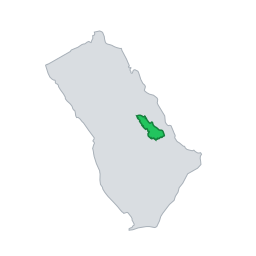 Sene East, Brong Ahafo, Ghana (highlighted), rotated 331°
{"feature_id": "2480657B21050367867823", "entity_name": "Sene East", "entity_type": "district", "adm_level": 2, "iso_a3": "GHA", "parent_name": "Ghana", "parent_adm1": "Brong Ahafo", "projection": "equal_earth", "projection_center": [-0.307, 7.665], "detail": "fine", "context": "in_parent", "style": "filled", "palette": "green", "viewbox_px": 256, "rotation_deg": 331, "n_neighbors": 0, "source": "geoboundaries", "source_scale": "gbopen_adm2", "svg_char_len": 5473}
<svg xmlns="http://www.w3.org/2000/svg" viewBox="0 0 256 256"><g transform="rotate(331 128 128)"><path d="M150.3,29.4L151.8,31.3L152.1,32.3L151.6,36.4L150.5,39.2L149.8,41.9L149.9,43.2L150.6,44.5L152.8,46.6L154.0,47.9L155.3,50.0L156.9,52.0L159.6,54.6L160.7,55.1L160.7,55.8L160.3,56.8L160.1,66.5L159.9,69.0L159.7,70.3L159.4,73.9L159.1,74.5L158.6,74.4L158.2,74.5L158.0,75.3L158.2,76.0L159.8,76.5L159.5,77.1L158.3,77.6L157.7,78.7L158.0,79.9L157.3,80.9L157.5,81.6L157.9,82.1L158.6,81.9L160.5,80.2L161.3,80.1L162.3,80.4L164.1,83.0L164.2,84.2L163.4,88.5L162.7,91.8L162.6,96.2L163.4,98.7L163.3,100.1L162.4,101.2L160.6,102.9L160.7,104.1L161.6,106.3L163.1,108.7L166.2,111.7L167.9,115.6L167.9,117.2L166.9,118.8L165.8,120.1L165.5,122.1L166.0,135.2L163.5,140.9L163.5,142.5L163.8,144.4L164.4,145.5L165.7,145.8L166.7,146.9L166.3,150.9L165.8,155.0L165.7,156.9L165.4,157.9L164.4,158.6L164.1,159.9L164.3,161.5L164.2,162.7L164.7,164.2L165.8,166.1L167.6,170.8L168.3,171.1L168.6,172.1L168.4,173.1L169.1,175.2L171.1,177.2L173.2,179.1L174.9,179.3L175.3,180.9L176.4,183.0L177.2,183.9L178.5,184.5L179.5,184.8L179.6,186.6L177.7,187.7L176.4,189.5L175.4,192.3L174.1,195.3L169.4,196.9L167.6,196.9L158.0,197.0L149.0,202.9L143.8,205.0L140.6,208.4L136.3,210.7L133.3,213.6L127.1,215.0L116.9,219.5L113.7,221.3L110.5,224.5L105.3,228.2L103.2,228.1L99.1,224.7L96.0,223.0L88.5,220.3L82.8,219.3L80.1,218.2L79.4,218.0L80.0,216.7L81.6,216.6L83.2,217.0L84.5,216.1L86.3,215.9L86.8,214.9L86.9,212.4L86.9,210.4L87.6,209.5L87.7,207.2L86.8,201.9L86.2,201.3L82.9,200.6L82.7,199.5L82.1,198.4L81.5,195.7L80.8,191.7L79.6,186.7L77.4,178.4L76.9,175.5L76.5,172.6L76.4,169.0L76.9,167.7L76.8,165.9L76.6,164.0L78.2,159.9L81.3,154.7L81.9,152.9L82.5,151.6L82.6,149.7L83.1,143.8L84.6,136.5L85.5,133.8L86.1,132.4L86.9,129.9L87.1,128.8L89.9,126.0L91.2,125.2L91.5,124.1L91.0,122.9L91.2,122.1L91.9,121.7L92.9,121.3L93.7,120.2L92.5,111.3L91.6,102.4L91.5,101.7L91.0,100.4L90.4,96.8L89.5,94.6L88.1,94.0L88.2,92.0L89.5,88.6L89.9,86.6L89.2,86.0L89.1,84.4L89.6,81.9L89.4,80.4L89.1,78.7L87.8,74.9L87.4,72.1L88.1,70.5L88.1,67.0L87.4,61.6L87.3,58.2L87.8,56.7L87.5,55.4L86.5,54.1L86.5,52.9L87.3,51.6L87.2,50.7L86.2,50.0L85.2,48.3L84.4,45.7L84.6,41.5L86.2,33.7L86.4,33.1L88.2,33.1L88.2,33.4L93.8,33.4L100.2,33.3L107.9,33.2L114.9,33.1L115.2,32.7L116.3,32.3L123.4,33.1L127.8,32.7L129.6,32.9L131.0,33.5L134.0,33.1L135.7,33.3L136.9,35.3L137.4,35.3L138.1,34.4L139.3,33.5L140.5,32.8L141.4,31.2L141.9,30.1L142.7,30.3L143.9,30.3L144.7,29.3L145.0,27.8L150.3,29.4Z" fill="#d9dde1" stroke="#a8b0b8" stroke-width="1"/><path d="M151.6,136.6L152.0,135.5L152.0,134.8L151.6,134.3L151.3,134.3L150.9,134.4L150.6,134.6L150.1,134.6L149.6,134.5L149.3,134.2L149.2,133.8L149.0,133.3L148.9,133.0L148.8,132.2L148.5,129.7L148.6,128.7L148.8,128.3L148.6,128.0L147.9,128.0L148.0,127.6L148.6,126.5L148.6,126.1L148.4,125.7L147.9,125.9L146.9,125.7L146.3,125.1L146.1,124.3L145.1,123.0L144.5,122.6L143.7,122.2L143.0,121.9L142.2,121.9L141.6,121.8L141.5,121.7L141.3,123.8L141.2,123.8L141.2,124.0L141.2,124.3L141.3,124.3L141.2,124.4L141.2,124.5L142.1,127.0L141.9,127.1L141.8,127.3L141.8,127.5L141.4,127.9L141.5,128.0L141.5,128.3L141.6,128.7L141.5,128.8L141.4,129.2L141.5,129.6L141.7,129.8L141.6,130.3L141.6,130.5L141.8,131.0L141.8,131.4L141.8,131.8L141.8,132.0L141.8,132.3L141.6,132.4L141.7,132.5L141.7,132.8L141.6,133.0L141.6,133.3L142.3,133.4L142.4,133.5L142.3,133.8L142.2,134.0L142.0,134.3L142.0,134.5L141.9,134.6L141.8,134.8L141.9,135.0L142.1,135.2L142.1,135.3L142.1,135.5L142.1,135.8L142.2,136.1L142.3,136.2L142.3,136.4L142.5,136.5L142.5,136.9L142.7,137.3L142.8,137.7L144.2,137.7L144.2,138.2L144.2,138.3L144.3,138.3L144.3,138.6L144.2,138.8L144.2,139.2L144.2,139.3L144.2,139.6L144.1,140.0L144.0,140.3L143.9,140.5L144.0,140.7L144.0,140.8L144.0,141.0L144.1,141.4L144.3,141.4L144.5,141.4L144.8,141.4L144.8,141.5L144.7,141.6L144.5,141.8L144.3,141.9L144.2,142.0L143.9,142.2L143.7,142.2L143.6,142.3L143.4,142.4L143.2,142.5L142.9,142.6L142.9,142.8L142.7,142.9L142.6,143.0L142.4,143.3L142.3,143.5L142.2,143.7L142.2,143.8L142.1,144.0L142.0,144.3L142.0,144.5L141.9,144.8L142.0,144.9L142.0,145.0L142.0,145.3L142.1,145.5L142.2,145.8L142.2,146.0L142.3,146.1L142.3,146.3L142.4,146.5L142.5,146.6L142.5,146.8L142.6,147.0L142.8,147.3L142.8,147.6L142.9,147.8L142.9,148.0L143.0,148.1L143.1,148.3L143.2,148.2L143.3,148.3L143.4,148.2L143.4,148.3L143.4,148.2L143.5,148.2L143.5,148.3L143.6,148.6L143.8,148.7L143.8,148.8L144.0,148.8L144.3,148.9L144.2,148.9L144.2,149.0L144.3,149.1L144.5,149.1L144.8,149.3L144.9,149.2L145.0,149.1L145.3,149.2L145.3,149.3L145.5,149.3L145.5,149.5L145.8,149.6L145.8,149.8L145.9,150.0L145.9,150.3L145.9,150.6L146.0,150.7L146.0,150.8L146.1,151.0L146.3,151.0L146.3,151.4L146.4,151.7L146.6,151.5L146.8,151.4L146.9,151.5L146.9,151.8L147.0,151.7L147.3,151.6L147.5,151.7L147.7,151.8L147.8,151.8L147.9,151.7L148.0,151.7L148.2,151.8L148.3,151.9L148.5,151.7L148.5,151.8L148.8,151.9L149.0,151.9L149.4,151.9L149.6,152.0L149.8,152.3L150.2,152.3L150.5,152.1L150.7,151.9L151.0,151.9L151.3,152.0L151.6,152.0L151.8,152.0L152.0,151.9L152.2,152.2L152.4,152.3L152.6,152.2L152.8,152.3L153.1,152.6L153.5,152.6L153.8,152.3L154.0,152.4L154.5,152.3L154.8,152.2L155.1,152.3L155.7,152.4L156.0,152.4L156.2,152.0L156.4,151.1L156.7,149.4L156.9,148.3L156.8,147.0L156.5,146.5L156.1,146.1L155.9,146.1L155.4,145.8L155.1,145.4L154.8,145.3L154.2,144.7L153.9,144.0L153.7,142.9L152.9,141.1L152.1,139.9L151.6,138.4L151.5,137.7L151.6,137.2L151.6,136.6Z" fill="#22c55e" stroke="#15803d" stroke-width="1.5"/></g></svg>